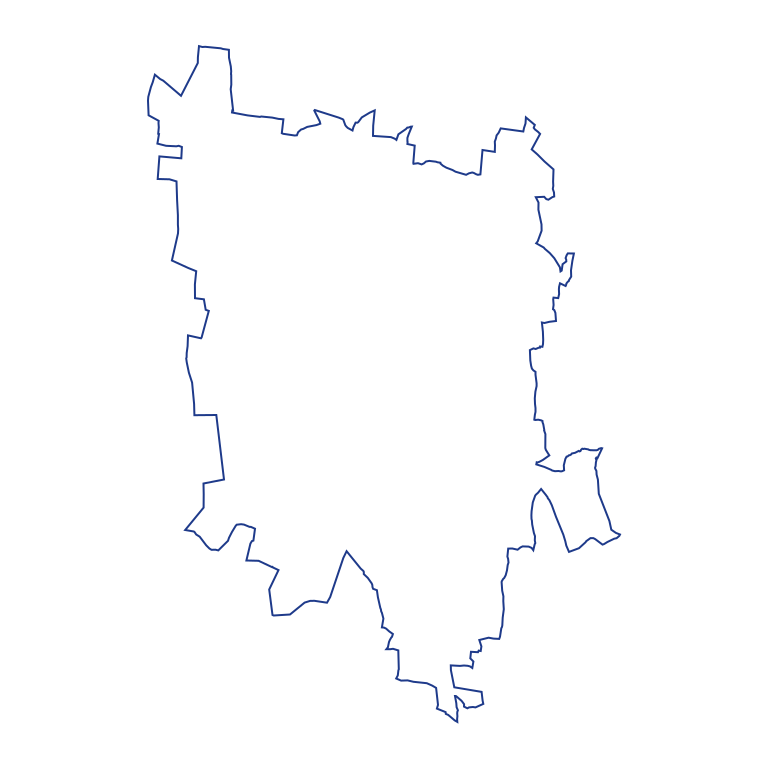 the district of Espita, Yucatán, Mexico
{"feature_id": "50627088B66728778479631", "entity_name": "Espita", "entity_type": "district", "adm_level": 2, "iso_a3": "MEX", "parent_name": "Mexico", "parent_adm1": "Yucatán", "projection": "equal_earth", "projection_center": [-88.312, 21.01], "detail": "fine", "context": "isolated", "style": "outline", "palette": "blue", "viewbox_px": 768, "rotation_deg": 0, "n_neighbors": 0, "source": "geoboundaries", "source_scale": "gbopen_adm2", "svg_char_len": 6105}
<svg xmlns="http://www.w3.org/2000/svg" viewBox="0 0 768 768"><path d="M500.7,128.4L498.7,132.7L496.6,135.4L495.9,138.6L494.8,141.6L495.0,145.3L494.8,151.9L482.5,150.0L480.4,174.4L477.9,174.8L476.3,174.3L473.7,172.9L472.2,172.5L469.0,173.3L466.1,174.8L455.5,171.7L452.5,170.0L446.4,167.7L442.9,165.7L440.5,163.6L440.4,162.7L437.6,162.3L435.9,161.7L429.3,160.9L426.0,161.5L423.8,163.4L421.6,164.4L418.0,163.2L413.5,163.8L413.3,163.1L414.7,145.6L407.4,144.0L407.6,141.8L407.4,141.4L407.4,137.9L408.6,134.4L411.8,126.6L410.6,126.7L408.7,127.5L407.3,127.6L406.0,129.0L398.4,134.3L396.4,139.9L394.8,138.7L390.9,137.1L373.0,135.9L373.2,125.7L374.7,110.4L369.8,112.6L361.8,117.4L358.2,122.2L357.4,122.7L355.6,122.6L353.4,127.2L352.5,130.5L347.7,127.9L346.2,126.4L345.3,125.2L343.3,119.7L342.7,119.2L338.7,117.6L314.8,110.0L314.3,110.6L319.7,121.3L320.3,123.7L316.4,125.1L307.2,126.9L303.2,128.9L301.1,129.5L298.1,132.2L296.9,135.3L294.6,135.5L283.2,133.8L281.8,133.2L283.4,119.3L278.5,118.9L272.3,117.6L261.2,116.5L260.0,116.9L247.6,115.4L232.0,112.5L232.3,110.4L233.1,110.5L230.7,89.2L231.3,84.7L231.2,74.7L231.0,74.3L231.2,71.2L230.8,66.4L229.0,57.7L228.9,49.8L223.0,49.0L220.8,48.3L205.2,46.8L202.4,47.0L199.0,46.1L197.9,57.3L197.8,63.0L181.0,95.8L163.3,80.7L160.1,79.0L154.9,74.7L152.7,82.3L150.9,87.1L148.3,96.8L148.0,100.6L148.6,115.3L158.7,120.8L158.5,123.0L158.8,127.4L158.2,133.8L159.0,134.0L157.4,143.6L166.1,145.8L176.4,146.3L178.7,145.8L181.9,147.0L181.3,158.3L159.4,156.4L157.7,179.0L169.5,179.3L176.5,181.4L177.1,200.2L177.9,215.2L177.9,224.7L178.2,229.0L178.0,233.4L171.9,260.5L188.3,268.0L196.2,271.2L194.9,284.4L195.0,298.2L203.9,299.3L205.7,309.8L208.8,310.9L201.6,337.5L201.0,338.3L188.0,335.4L187.6,346.2L186.7,353.0L186.6,357.3L186.2,358.4L186.8,362.6L188.9,372.7L192.1,382.6L194.1,404.0L194.4,415.2L216.3,415.0L224.0,479.5L203.5,483.5L203.7,494.1L203.6,507.6L185.2,530.0L193.8,531.5L194.5,532.0L196.2,534.5L199.7,536.7L206.2,545.3L209.4,548.5L211.5,549.8L215.5,549.7L218.3,550.4L228.0,540.8L229.0,537.8L231.9,532.1L235.7,525.8L236.7,524.7L241.1,524.2L244.0,524.6L249.6,526.9L250.9,526.9L255.0,528.7L253.4,540.6L251.9,541.1L250.4,543.6L246.4,560.5L258.6,560.8L272.0,567.1L272.5,566.9L272.8,567.4L278.5,570.1L269.2,589.5L272.5,615.0L273.7,615.5L290.0,614.5L304.6,602.6L310.1,600.9L314.4,600.8L327.0,602.7L330.2,597.0L343.3,558.0L346.6,551.2L360.7,568.6L363.4,571.0L363.8,571.9L363.8,574.1L367.8,577.9L371.7,583.4L372.3,584.9L372.5,587.1L373.1,588.8L376.9,590.2L377.9,597.2L380.3,607.9L380.9,609.4L381.2,611.4L381.9,612.8L383.4,618.6L381.9,627.4L384.0,627.6L386.1,628.6L389.2,631.4L392.9,634.0L392.0,636.8L391.3,637.5L389.9,639.9L389.0,642.0L387.9,647.3L386.4,649.2L390.3,649.2L393.0,648.8L398.3,650.4L398.8,669.3L398.4,670.3L397.8,675.4L396.2,678.5L401.1,680.6L407.6,680.4L413.5,681.8L426.8,683.2L432.2,685.6L436.1,687.9L438.0,704.9L436.9,708.6L445.6,712.1L445.8,713.9L448.2,714.9L454.7,720.4L457.3,721.9L457.1,719.2L457.4,716.2L457.2,713.5L457.3,711.9L457.9,710.3L456.6,707.2L456.3,703.2L455.0,696.0L455.8,696.0L456.8,696.7L461.7,701.0L464.1,704.2L464.0,706.6L467.4,708.3L469.0,707.4L472.9,707.0L475.5,707.4L483.3,703.9L482.6,700.6L481.6,691.9L454.3,687.3L450.9,670.1L450.8,665.4L460.0,665.9L464.0,665.5L467.7,665.8L470.0,666.4L472.3,668.0L473.4,661.5L470.3,658.4L471.0,651.8L478.0,652.2L478.7,650.6L480.7,651.0L481.4,646.4L479.3,640.0L488.6,637.7L493.5,638.6L499.2,638.9L500.0,636.7L501.3,628.3L502.0,626.9L502.3,625.4L502.7,617.7L503.8,609.2L503.3,601.1L503.4,596.3L502.2,590.7L501.6,582.0L501.8,581.2L503.2,578.9L504.2,578.0L505.7,575.2L507.0,570.3L507.7,565.0L508.5,562.6L508.1,558.8L507.4,556.6L508.2,548.6L512.3,548.5L517.6,549.7L520.5,547.4L522.6,546.4L528.7,546.6L531.6,547.9L533.3,550.2L534.7,544.2L535.3,543.1L534.8,540.2L535.0,536.2L533.9,533.0L532.2,524.5L531.9,520.6L531.5,518.9L531.4,515.2L531.6,511.1L532.8,502.4L535.2,495.6L536.0,494.6L538.0,492.8L541.1,489.0L545.7,494.7L547.6,497.3L547.8,498.2L549.4,500.2L551.8,505.2L556.0,516.8L563.3,534.6L565.3,541.2L566.3,545.6L569.0,551.9L579.0,548.2L585.6,542.2L586.2,541.2L590.5,538.1L593.3,538.1L595.2,539.1L602.5,544.6L604.0,544.1L607.4,542.0L614.2,538.7L616.6,538.2L619.3,535.9L620.0,534.5L615.9,532.9L611.3,529.7L609.4,521.0L598.8,493.8L597.9,479.6L596.6,474.6L596.4,470.9L595.2,468.6L595.1,467.5L595.6,466.2L595.9,462.4L596.4,460.3L595.8,458.4L596.4,457.6L597.4,458.3L602.1,448.3L601.2,448.1L598.9,448.8L597.8,449.9L596.4,450.3L590.6,450.2L589.1,449.9L588.3,449.4L584.3,448.7L583.6,449.0L582.3,448.7L581.2,449.6L580.4,451.1L579.5,451.4L578.7,450.9L575.1,452.8L571.8,453.5L571.1,454.5L569.8,455.2L568.9,455.3L567.5,456.5L566.6,456.6L565.4,458.8L563.8,465.3L564.1,470.3L562.1,471.2L561.0,471.4L558.4,471.0L555.0,471.2L552.1,470.5L551.3,469.9L544.3,466.9L536.3,464.4L536.7,462.3L537.4,462.5L539.4,461.8L542.8,460.0L549.3,455.4L545.8,449.8L545.3,448.0L545.4,434.1L544.1,430.4L544.3,430.1L543.3,424.4L542.5,422.2L542.5,421.0L541.3,420.4L538.3,419.7L535.2,420.0L534.3,419.7L534.9,414.7L535.5,411.9L535.5,408.1L535.0,403.9L534.8,398.3L535.4,391.6L536.6,386.1L536.6,383.3L535.5,374.7L535.5,371.8L533.4,370.4L531.9,368.6L531.1,365.7L530.3,360.4L529.9,350.1L533.4,348.4L535.7,349.0L538.7,347.7L540.0,347.6L540.1,346.5L542.4,346.8L543.0,344.1L543.2,340.0L542.9,331.8L541.9,322.5L544.4,323.0L549.4,321.8L556.0,321.0L555.4,312.9L554.3,310.1L553.0,309.2L553.6,305.0L553.2,299.2L553.5,297.6L558.2,298.1L559.1,294.1L558.9,289.2L559.1,286.8L560.0,283.3L565.6,286.0L566.1,285.0L566.4,283.5L567.9,281.6L568.7,281.2L569.1,279.9L571.2,276.6L571.0,270.3L572.4,260.7L573.9,253.5L567.8,253.4L566.6,255.3L565.6,258.1L566.2,259.5L566.3,261.4L562.6,264.2L561.7,270.6L560.5,271.4L559.9,267.3L554.3,258.2L549.8,253.1L544.9,248.9L543.7,247.5L536.2,243.3L537.7,241.4L541.6,230.7L541.5,224.4L538.4,209.7L538.5,202.5L535.8,197.2L544.2,196.8L546.3,199.1L548.4,199.7L552.4,197.1L554.2,196.5L554.0,192.5L552.8,188.9L553.3,185.9L553.1,181.7L553.5,169.4L544.5,161.5L537.5,154.5L531.7,149.4L540.1,133.9L538.1,131.9L534.9,129.4L533.7,127.8L534.8,124.9L525.9,117.4L525.5,123.5L524.0,128.0L523.3,131.5L500.7,128.4Z" fill="none" stroke="#1e3a8a" stroke-width="2"/></svg>